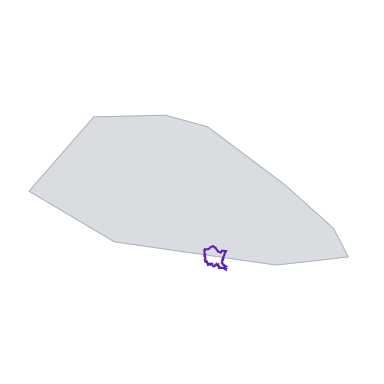 Lumiere, Dennery, Saint Lucia (highlighted), rotated 96°
{"feature_id": "8701671B42420673442147", "entity_name": "Lumiere", "entity_type": "district", "adm_level": 2, "iso_a3": "LCA", "parent_name": "Saint Lucia", "parent_adm1": "Dennery", "projection": "natural_earth1", "projection_center": [-60.885, 13.94], "detail": "fine", "context": "in_parent", "style": "outline", "palette": "violet", "viewbox_px": 384, "rotation_deg": 96, "n_neighbors": 0, "source": "geoboundaries", "source_scale": "gbopen_adm2", "svg_char_len": 4341}
<svg xmlns="http://www.w3.org/2000/svg" viewBox="0 0 384 384"><g transform="rotate(96 192 192)"><path d="M249.7,264.1L208.2,354.2L127.6,297.6L118.4,226.4L125.5,183.3L174.8,101.0L213.3,47.5L240.2,29.8L255.9,100.8L249.7,264.1Z" fill="#d9dde1" stroke="#a8b0b8" stroke-width="1"/><path d="M243.6,165.0L243.6,165.4L243.9,165.8L243.9,166.0L244.0,166.1L244.2,166.3L244.3,166.7L244.4,166.9L244.6,167.2L244.8,167.8L245.1,168.0L245.4,168.1L245.6,168.2L246.0,168.6L246.3,168.8L246.6,169.2L246.8,169.4L246.9,169.5L247.1,169.6L247.2,170.0L247.2,170.5L247.4,171.1L247.4,171.3L247.5,171.7L247.6,172.3L247.8,172.6L247.5,173.3L248.2,173.7L248.4,173.7L248.7,173.4L249.0,173.2L249.3,173.2L249.7,173.4L250.0,173.5L250.7,173.2L250.8,173.2L251.1,173.3L251.3,173.3L251.7,173.2L251.9,173.1L252.5,172.5L252.7,172.3L253.1,172.7L253.3,173.0L253.5,173.1L253.7,172.9L254.3,173.1L254.7,172.3L254.9,172.1L255.3,171.9L255.9,171.8L256.0,171.8L256.3,172.0L256.6,172.0L256.6,171.9L256.9,171.7L257.1,171.7L257.3,171.8L257.5,171.9L257.7,172.0L257.9,172.4L258.0,172.4L258.3,172.0L258.4,171.8L258.5,171.7L258.8,171.7L259.1,171.7L259.4,171.8L259.6,171.7L259.8,171.7L259.9,171.4L259.7,171.1L259.6,170.9L259.8,170.7L259.6,170.5L259.6,170.4L259.3,170.2L259.5,169.9L259.7,169.7L260.2,169.7L260.3,169.7L260.5,169.6L260.8,169.6L261.2,169.4L261.4,169.3L261.6,169.2L261.8,169.0L261.8,168.9L262.0,168.7L262.1,168.4L262.2,168.5L262.3,168.4L262.3,168.5L262.5,168.4L262.4,168.3L262.4,168.2L262.5,168.2L262.4,168.2L262.6,168.1L262.8,168.2L262.8,167.9L262.6,167.8L262.5,168.0L262.3,168.0L262.2,168.1L261.8,168.0L261.8,167.9L261.5,167.9L261.4,167.8L261.3,167.7L261.3,167.4L261.4,166.9L261.5,167.0L261.5,166.9L261.7,166.7L261.7,166.2L261.4,165.9L261.3,165.7L261.4,165.3L261.5,165.3L261.4,165.2L261.3,164.9L261.2,164.8L261.2,164.4L261.3,164.3L261.4,164.2L261.5,164.3L261.8,164.3L262.1,164.3L262.4,164.2L262.6,164.1L263.2,163.6L263.6,163.4L263.7,162.7L263.7,162.3L263.6,162.1L263.6,161.9L263.4,161.7L263.2,161.6L262.9,161.5L262.8,161.4L262.6,161.4L262.3,161.3L262.1,161.2L261.8,161.0L261.8,160.9L261.9,160.7L262.0,160.6L262.0,160.4L261.9,160.5L261.8,160.4L261.6,160.2L261.5,160.3L261.4,160.4L261.3,160.5L261.2,160.5L260.9,160.6L261.0,160.5L260.9,160.4L261.1,160.3L261.2,160.2L261.3,160.0L261.5,160.0L261.4,159.9L261.7,159.6L261.8,159.4L261.7,159.3L261.6,159.2L261.5,158.9L261.8,158.9L261.7,158.6L261.5,158.4L261.8,158.4L261.9,158.2L262.5,157.8L262.8,157.8L262.9,157.7L263.1,157.9L263.2,157.7L263.3,157.7L263.5,157.6L264.0,157.3L264.1,157.2L264.2,157.3L264.4,157.3L264.5,157.3L264.8,157.3L264.9,157.0L264.9,156.9L264.8,156.7L264.7,156.6L264.2,156.4L264.2,156.1L264.1,155.9L264.3,155.7L264.5,155.5L264.5,155.2L264.5,154.7L264.4,154.5L264.3,154.4L264.4,154.2L264.2,153.6L264.3,153.3L264.4,153.0L264.3,152.8L264.1,152.6L263.9,152.5L263.8,152.4L263.8,152.2L264.0,151.4L264.3,151.2L264.5,151.3L264.7,151.2L264.8,151.3L264.9,151.5L265.0,151.5L265.0,151.4L265.2,151.2L265.4,151.0L265.4,150.9L265.4,150.6L265.5,150.6L265.6,150.3L265.3,150.4L265.0,150.3L264.9,150.4L264.7,150.5L264.6,150.8L264.4,150.9L264.3,151.1L264.1,151.2L264.0,151.3L263.7,151.0L263.8,150.9L263.8,150.7L263.7,150.8L263.6,151.1L263.3,151.5L263.2,151.5L263.0,151.4L262.9,151.2L262.7,150.9L262.7,151.0L262.4,151.3L262.1,151.3L261.9,151.3L261.8,151.5L261.6,152.0L261.6,152.3L261.6,152.7L261.5,153.1L261.1,153.0L260.9,153.0L260.6,153.4L260.4,154.0L260.3,154.3L260.2,154.4L259.9,154.4L259.4,154.4L259.2,154.4L259.1,154.5L259.1,154.8L259.1,155.0L258.8,155.0L258.3,154.6L258.1,154.6L257.9,154.7L257.2,154.7L257.0,154.9L256.9,154.9L256.7,154.5L256.6,154.3L256.1,154.0L255.9,154.4L255.8,154.5L255.7,154.6L255.4,154.6L255.3,154.3L255.2,153.9L254.9,153.8L254.7,153.9L254.6,154.1L253.9,154.3L253.8,154.0L253.7,153.9L253.5,154.0L253.4,154.1L253.1,153.9L252.6,153.8L252.4,153.7L252.0,153.7L251.8,153.6L251.7,153.4L251.0,153.1L250.7,153.1L250.4,153.1L250.0,153.1L249.5,153.2L249.3,153.2L248.9,153.1L248.7,153.0L248.4,152.7L248.2,152.6L248.0,152.2L247.8,152.0L247.5,152.0L247.2,151.9L247.2,156.1L249.3,157.1L248.5,159.8L248.3,160.4L248.1,160.5L247.8,160.6L247.5,160.6L247.4,160.7L247.1,160.8L246.9,161.1L246.7,161.4L246.5,161.7L246.4,161.8L246.2,161.9L246.1,162.0L245.9,162.1L245.6,162.5L245.4,162.7L245.1,162.7L245.1,162.8L244.8,163.1L244.7,163.2L244.7,163.4L244.7,163.6L244.8,163.8L243.6,165.0Z" fill="none" stroke="#5b21b6" stroke-width="2"/></g></svg>